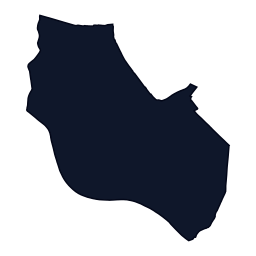 outline of Leiderdorp, Zuid-Holland, Netherlands
{"feature_id": "6326949B52811816416418", "entity_name": "Leiderdorp", "entity_type": "district", "adm_level": 2, "iso_a3": "NLD", "parent_name": "Netherlands", "parent_adm1": "Zuid-Holland", "projection": "equal_earth", "projection_center": [4.544, 52.157], "detail": "fine", "context": "isolated", "style": "filled", "palette": "ink", "viewbox_px": 256, "rotation_deg": 0, "n_neighbors": 0, "source": "geoboundaries", "source_scale": "gbopen_adm2", "svg_char_len": 5473}
<svg xmlns="http://www.w3.org/2000/svg" viewBox="0 0 256 256"><path d="M229.2,145.5L226.1,142.6L224.3,140.8L219.1,135.9L217.2,134.0L213.2,130.1L212.5,129.4L212.0,128.9L211.2,128.0L210.2,127.1L209.5,126.3L208.6,125.4L205.7,122.7L203.4,120.4L201.3,118.3L198.1,115.4L197.3,114.6L196.2,113.5L195.6,112.7L194.1,110.9L194.6,110.5L195.0,110.2L195.5,110.0L197.3,109.1L197.6,108.7L197.5,108.3L196.8,107.4L196.7,107.4L191.6,100.7L191.0,100.8L190.7,100.8L190.7,100.5L190.8,100.1L190.8,99.7L190.7,99.3L190.7,97.7L191.5,96.7L190.0,96.0L192.4,92.7L194.5,90.0L195.8,88.4L196.1,88.0L196.8,87.1L190.4,84.1L188.8,86.2L188.3,86.7L188.0,87.0L187.5,87.4L187.0,87.9L186.5,88.3L185.9,88.6L185.3,89.0L184.4,89.4L183.7,89.6L181.5,90.5L180.6,90.8L179.5,91.3L177.9,92.0L176.5,92.7L175.6,93.2L174.6,93.7L173.6,94.3L172.6,94.9L171.6,95.5L170.9,96.1L168.3,97.9L167.5,98.4L166.9,98.8L166.3,99.1L165.4,99.5L162.5,100.6L161.3,100.8L160.1,100.4L158.8,100.0L157.4,100.1L156.6,100.0L155.9,99.7L153.5,97.4L152.9,96.8L150.8,94.1L150.3,94.3L145.7,88.2L145.9,88.1L145.4,87.5L145.2,87.6L144.9,87.1L144.7,87.2L134.5,73.4L134.2,73.6L132.4,71.1L132.6,71.0L131.3,69.3L131.2,69.1L128.9,66.1L127.2,63.7L125.5,61.2L125.4,61.1L125.2,60.9L124.3,59.4L123.7,58.3L123.0,57.0L122.0,55.1L120.9,52.7L120.7,52.3L120.1,51.2L116.5,43.7L116.0,43.1L115.7,42.7L115.4,41.7L115.1,40.8L115.1,40.6L115.0,40.2L114.6,40.3L113.7,38.0L113.8,38.0L113.8,37.9L113.7,37.8L113.5,37.2L113.5,36.3L113.6,35.4L113.6,34.8L113.1,31.1L113.1,29.7L113.2,27.2L113.2,26.6L113.1,26.2L112.9,25.8L112.7,25.1L112.7,24.3L110.4,24.5L109.6,24.6L108.1,24.7L107.5,24.8L106.1,25.3L105.5,25.5L105.1,25.6L104.2,25.6L102.4,25.5L100.9,25.3L99.8,25.3L98.9,25.1L98.4,25.1L98.0,25.2L97.2,25.4L96.8,25.4L96.5,25.3L95.8,25.2L94.0,25.2L93.8,25.3L93.7,25.4L93.6,25.5L93.5,25.9L93.4,26.1L93.2,26.2L92.3,26.1L91.5,26.1L88.3,26.0L87.4,25.9L86.8,25.9L86.1,25.9L85.4,25.8L85.0,25.7L84.5,25.7L83.9,25.9L83.2,26.0L82.7,26.0L80.1,25.6L79.1,25.4L78.3,25.3L77.7,25.3L77.2,25.4L76.4,25.6L75.8,25.6L74.9,25.5L63.8,22.3L53.0,19.1L39.9,15.4L39.8,15.8L39.7,16.3L39.7,16.8L39.8,19.0L39.8,19.3L39.6,20.1L38.7,22.5L38.5,22.9L38.4,23.1L38.3,23.4L38.2,24.0L38.0,24.6L37.9,25.0L37.8,25.4L37.8,25.7L37.7,26.4L37.6,27.3L37.5,27.9L37.5,28.0L37.6,29.2L37.6,29.3L37.7,29.6L38.4,31.0L38.6,31.6L38.7,31.9L38.8,32.3L38.9,32.8L39.3,34.0L39.3,34.3L39.4,34.6L39.5,35.7L39.5,36.4L39.4,36.8L39.4,37.0L39.3,37.7L38.8,39.4L38.6,40.1L38.3,40.9L38.2,41.3L38.1,41.6L37.7,42.9L37.7,43.1L37.9,44.3L38.3,45.8L38.7,46.9L39.9,48.9L40.2,49.5L40.3,49.8L40.3,50.0L40.4,50.6L40.4,50.8L40.2,51.2L40.1,51.4L39.9,51.7L39.8,51.9L39.5,52.5L37.7,55.1L37.3,55.6L37.1,55.9L35.8,57.6L35.5,58.0L35.2,58.3L34.4,59.3L33.8,59.9L33.6,60.0L31.2,61.9L30.0,62.9L29.5,63.4L29.2,63.6L28.6,64.4L28.2,65.1L28.0,66.8L28.8,69.1L29.7,71.2L30.6,77.8L30.8,79.2L31.0,80.2L31.8,86.0L32.0,87.5L32.2,88.5L31.9,89.6L31.6,90.4L31.2,91.0L30.6,92.0L30.3,92.5L29.7,93.7L29.4,94.4L29.1,95.1L28.9,95.6L28.6,96.5L28.4,97.4L28.2,98.0L28.1,99.0L27.8,103.2L27.7,104.9L27.6,105.6L27.5,106.3L27.2,107.2L27.0,108.9L26.8,109.7L26.8,110.0L26.9,110.3L27.0,110.5L27.3,110.9L27.4,111.1L28.0,111.5L28.6,111.9L31.2,114.0L35.1,117.2L35.7,117.7L37.5,119.3L39.1,120.6L43.6,124.1L44.2,124.6L44.8,125.1L45.3,125.6L46.2,126.6L46.6,127.1L47.0,127.5L47.4,128.1L48.1,129.0L48.4,129.5L48.7,130.0L49.2,131.1L49.4,131.6L49.8,132.6L50.0,133.1L50.1,133.6L50.7,136.2L50.8,137.5L50.9,138.0L51.4,140.6L51.7,141.8L52.4,144.5L52.9,146.3L53.6,149.1L54.0,150.9L54.4,152.5L54.7,153.9L55.2,155.7L55.8,157.6L56.2,158.9L56.6,160.1L57.2,162.3L57.9,164.3L58.5,166.2L59.1,168.1L59.7,170.1L60.3,171.6L61.9,174.9L62.7,176.6L63.6,178.2L64.5,179.7L65.8,181.6L67.2,183.4L69.0,185.5L70.9,187.4L72.9,189.3L73.6,189.9L75.7,191.6L77.3,192.6L78.0,193.1L79.2,193.8L80.1,194.2L80.8,194.6L83.0,195.5L85.5,196.4L87.4,197.1L91.0,198.0L92.1,198.3L93.3,198.6L94.1,198.7L96.0,199.1L99.4,199.6L105.0,199.9L107.6,200.0L109.5,200.1L109.8,200.1L113.7,199.9L116.7,199.7L121.5,199.5L122.5,199.5L123.5,199.5L124.9,199.6L126.8,199.7L128.0,199.9L129.3,200.2L131.1,200.5L133.2,201.0L134.9,201.5L136.3,202.0L138.3,202.8L141.1,203.9L142.2,204.5L144.7,205.8L147.3,207.0L150.0,208.3L153.5,210.4L154.6,211.1L155.2,211.6L156.8,212.6L158.4,213.6L159.5,214.4L160.2,214.9L162.8,216.8L165.3,218.8L165.7,219.1L167.3,220.4L168.5,221.5L169.3,222.1L169.7,222.7L170.9,224.2L173.5,226.9L175.4,228.9L176.4,229.9L181.4,234.9L182.3,235.7L183.8,236.9L185.5,238.3L188.7,240.6L189.9,240.2L192.3,239.3L192.9,239.0L193.8,237.7L194.0,237.5L194.4,237.1L194.7,237.1L195.1,237.2L195.3,237.2L195.5,237.2L195.9,236.3L196.1,235.5L196.2,235.3L196.4,234.8L196.6,234.5L197.0,233.8L197.4,233.3L198.6,231.8L198.9,231.5L199.3,231.2L199.7,230.9L200.0,230.7L200.3,230.5L202.1,229.7L202.7,229.4L203.8,228.9L204.9,228.5L205.1,228.4L205.5,228.3L205.8,228.3L206.2,228.2L206.3,228.1L206.7,227.8L206.9,227.7L207.1,227.6L207.7,227.5L208.0,227.4L208.3,227.3L208.5,227.1L208.7,226.9L209.9,225.8L210.0,225.6L210.2,225.4L210.4,225.0L211.3,223.1L211.6,222.5L212.3,221.4L212.9,220.5L213.0,220.2L213.5,219.6L213.9,219.0L214.1,218.7L214.5,218.0L215.1,216.6L215.1,216.2L215.1,215.8L215.1,215.4L215.1,215.1L215.1,214.9L215.7,212.9L216.1,212.0L216.9,210.8L217.2,210.3L217.7,209.2L218.2,208.0L219.8,204.5L219.9,204.3L220.1,203.8L220.3,203.2L221.4,201.0L222.2,199.0L224.9,193.3L225.0,193.1L225.1,192.8L225.3,192.1L225.4,191.8L225.6,191.5L225.7,189.0L225.7,185.9L226.6,175.1L227.1,166.9L228.0,157.7L228.8,147.8L228.9,146.0L229.2,145.5Z" fill="#0f172a" stroke="#020617" stroke-width="1.5"/></svg>